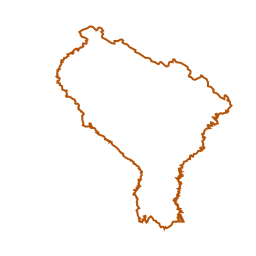 outline of Montenegro, Quindío, Colombia, rotated 113°
{"feature_id": "7082276B37489805673697", "entity_name": "Montenegro", "entity_type": "district", "adm_level": 2, "iso_a3": "COL", "parent_name": "Colombia", "parent_adm1": "Quindío", "projection": "equal_earth", "projection_center": [-75.789, 4.516], "detail": "fine", "context": "isolated", "style": "outline", "palette": "amber", "viewbox_px": 256, "rotation_deg": 113, "n_neighbors": 0, "source": "geoboundaries", "source_scale": "gbopen_adm2", "svg_char_len": 5705}
<svg xmlns="http://www.w3.org/2000/svg" viewBox="0 0 256 256"><g transform="rotate(113 128 128)"><path d="M192.5,40.2L187.4,45.7L187.2,47.7L185.2,47.6L184.3,45.3L183.3,47.0L183.3,50.2L182.0,48.9L182.0,50.9L180.7,51.1L180.0,52.9L179.5,52.0L179.1,52.1L178.7,53.4L178.8,55.1L178.0,55.6L177.0,55.2L176.8,55.9L177.1,57.1L176.8,57.6L175.4,56.0L175.4,57.5L174.9,57.5L174.5,57.1L174.7,56.1L173.7,56.3L173.0,55.1L171.1,56.3L170.9,54.7L170.5,54.5L170.1,54.9L170.1,56.5L169.4,56.5L167.6,55.5L167.0,56.9L165.4,56.1L164.9,56.6L164.5,58.2L163.1,56.5L162.0,57.7L160.6,57.3L159.8,58.6L158.5,59.2L159.1,57.6L158.4,57.2L157.4,57.9L157.5,60.7L156.3,61.5L155.3,63.5L154.8,61.1L154.5,61.2L154.3,62.4L153.0,62.5L152.9,61.8L153.4,60.9L153.1,60.2L152.2,60.2L151.5,62.0L150.9,61.8L150.7,60.7L151.0,59.2L150.6,58.9L149.8,59.9L149.3,62.8L148.6,62.9L147.7,62.0L148.1,63.4L147.8,63.8L147.1,62.9L146.2,62.7L145.9,63.5L146.4,64.8L145.6,65.3L143.3,62.5L142.3,62.8L141.8,64.8L139.9,63.0L137.3,63.3L135.4,61.1L132.9,60.4L132.4,58.7L130.2,59.8L128.9,59.8L128.5,59.2L129.2,58.3L128.9,56.9L126.3,57.3L125.2,55.5L123.9,54.6L121.5,54.4L121.0,52.7L120.1,51.4L119.2,51.7L118.3,53.7L117.8,53.7L117.5,52.3L118.6,50.9L116.7,49.9L115.9,50.3L115.3,52.1L113.3,52.4L111.1,54.5L109.2,53.5L106.8,53.3L106.5,54.0L107.5,55.4L105.9,56.1L104.7,57.3L103.9,55.9L102.8,56.5L101.5,56.2L100.3,56.6L97.9,55.6L96.1,52.5L95.2,55.1L94.3,55.8L93.8,55.1L93.6,52.6L93.1,51.3L92.4,51.7L91.4,53.3L90.3,53.7L90.2,51.3L91.2,49.7L88.6,47.2L86.5,49.1L86.3,50.8L85.0,53.8L84.1,51.5L84.6,50.2L83.9,49.8L82.8,49.8L81.4,52.6L80.7,52.6L80.3,51.9L81.2,49.8L79.7,49.7L78.6,48.9L77.9,47.6L78.1,46.7L76.5,45.2L74.8,42.5L74.3,42.6L74.3,44.2L73.8,44.6L73.1,42.4L71.7,43.2L66.9,41.5L66.4,43.1L64.3,44.2L63.6,45.2L64.0,47.0L63.3,47.4L62.5,46.5L60.7,48.3L59.7,50.9L60.2,51.7L63.8,50.6L63.6,54.9L61.6,58.8L61.4,60.9L61.8,63.0L60.8,64.0L59.6,63.9L59.1,64.4L57.8,67.7L58.2,70.8L54.8,72.1L52.4,74.7L51.8,78.8L50.9,80.4L51.1,81.3L52.4,80.9L57.5,85.2L57.7,87.3L56.5,89.7L56.9,91.7L56.1,92.6L53.8,91.8L51.4,92.6L50.9,93.3L50.4,96.0L48.9,96.7L48.5,97.4L47.8,101.1L47.5,105.4L48.6,109.4L46.7,112.1L47.1,113.1L50.0,112.6L50.4,114.9L50.8,115.4L52.1,115.7L55.0,115.2L56.1,116.2L56.3,117.4L54.3,123.3L54.9,124.2L57.2,124.7L57.4,125.2L56.9,129.2L57.4,132.5L55.9,134.2L55.5,135.4L55.8,137.4L56.6,139.1L55.1,146.8L55.2,150.9L54.4,151.8L53.5,151.5L53.3,152.2L53.0,158.1L51.4,161.3L51.8,164.2L51.5,166.4L50.9,166.8L49.4,166.6L48.9,168.0L49.6,169.6L51.8,171.1L53.1,174.4L55.6,173.4L56.2,175.6L56.1,177.9L55.0,183.0L55.0,185.3L54.7,187.2L53.4,187.9L51.1,187.6L49.9,190.1L48.2,188.9L46.8,190.9L46.5,192.5L47.0,194.0L47.8,194.7L49.8,194.6L50.5,195.4L48.9,199.4L48.9,201.4L49.4,202.7L51.9,204.3L55.6,208.3L58.7,210.3L59.7,208.4L60.9,208.0L62.1,206.0L61.7,202.6L62.3,199.9L63.2,199.7L64.3,200.7L65.1,199.6L66.5,199.2L66.9,199.7L67.6,202.3L69.0,202.2L70.2,200.9L71.9,201.9L72.0,202.8L74.1,204.1L74.7,205.0L75.5,204.0L76.1,204.0L76.2,204.9L75.1,206.4L76.4,207.7L79.5,208.8L79.9,207.6L81.0,207.7L81.5,208.4L81.3,210.3L83.0,211.1L83.8,212.5L85.0,211.1L86.1,212.1L87.3,212.2L88.6,214.2L89.9,213.7L91.9,215.8L92.6,215.5L92.4,214.2L92.7,213.9L93.9,215.1L95.6,214.3L97.5,214.9L100.2,214.6L100.2,213.9L100.6,213.8L101.0,214.8L102.2,215.6L102.8,214.6L104.0,215.1L105.0,214.4L106.0,214.4L107.2,213.2L108.5,214.0L109.2,212.5L108.5,211.3L108.8,210.4L111.2,210.0L112.4,211.3L113.9,210.7L113.4,208.3L115.2,207.5L115.1,205.2L118.4,203.4L118.1,202.1L118.3,200.5L117.5,199.5L117.7,198.9L119.1,198.7L121.2,197.1L122.8,197.6L123.2,197.0L123.3,196.4L122.4,195.2L122.1,192.8L122.8,190.5L122.7,188.3L124.5,186.5L125.9,186.2L126.0,184.9L125.3,183.9L125.7,182.7L126.8,181.7L128.6,181.9L129.1,180.9L129.9,181.0L130.3,180.2L130.5,178.3L131.2,177.8L131.0,176.6L131.6,176.0L132.0,174.4L132.8,174.1L134.6,175.0L138.3,173.2L141.6,170.6L143.1,170.7L143.3,167.5L141.5,164.2L140.3,163.9L139.0,165.2L138.6,164.8L138.7,163.9L140.2,162.8L140.8,161.8L142.0,162.9L142.3,162.6L142.1,161.1L141.1,159.0L141.9,157.4L143.1,156.5L143.6,153.6L144.3,153.2L144.7,154.0L144.8,152.8L145.4,152.7L145.1,147.2L145.6,146.1L147.4,144.7L146.8,143.9L147.4,143.2L147.0,141.8L147.7,141.1L147.2,140.0L148.2,139.6L147.5,139.3L147.3,137.6L148.1,137.6L149.6,135.5L150.2,131.9L151.5,128.4L152.7,126.7L152.9,125.5L153.6,125.0L153.4,122.9L153.9,122.2L154.8,122.3L155.9,120.1L156.5,115.3L156.2,113.2L157.0,112.7L156.6,111.5L157.1,110.4L157.0,109.5L158.7,108.9L158.3,107.3L159.3,105.4L159.1,104.5L159.4,103.4L160.2,102.2L161.0,102.4L161.4,101.4L161.1,101.1L161.8,100.6L162.7,98.1L163.5,97.9L163.9,98.3L164.0,97.8L164.7,97.9L166.3,96.9L167.7,97.4L170.4,96.0L170.9,96.6L171.5,96.5L171.3,98.0L171.8,98.1L174.1,96.3L175.2,96.7L175.9,95.7L177.0,96.2L176.6,94.8L177.0,94.1L177.9,95.0L179.0,95.1L179.7,96.7L180.2,96.4L180.5,95.3L181.1,95.3L181.3,96.1L182.0,96.2L182.2,97.3L182.7,97.9L183.3,96.2L184.9,96.1L186.0,97.1L186.9,97.1L187.2,96.7L186.8,95.7L187.4,94.2L188.2,93.6L188.8,92.2L189.4,92.4L190.0,91.2L192.7,91.1L193.7,90.1L195.5,89.5L197.4,86.4L198.1,87.1L200.8,87.9L201.2,87.0L204.7,84.7L206.0,83.1L206.5,81.6L207.6,82.3L208.5,81.2L209.5,81.2L209.2,78.2L208.5,78.5L207.8,78.1L207.2,78.7L206.6,78.0L205.9,78.2L205.8,77.7L204.9,77.5L203.6,77.8L203.1,78.8L202.1,77.7L203.0,77.1L205.5,76.9L206.3,75.6L207.1,75.4L207.6,74.3L207.2,74.3L206.8,73.5L203.3,73.8L200.5,72.5L201.1,70.5L202.8,68.5L202.9,67.1L202.6,65.8L203.5,65.1L203.7,61.9L205.4,60.6L206.5,58.7L205.5,57.9L205.2,56.8L205.6,55.7L206.2,55.3L205.1,55.3L204.6,54.8L205.2,53.8L204.3,52.6L200.6,50.1L196.8,50.0L195.6,47.7L195.7,47.1L195.1,46.9L193.9,43.8L191.4,47.2L190.8,47.4L190.1,46.3L189.6,46.3L187.9,48.9L188.2,46.6L190.3,45.1L191.4,42.9L192.7,42.0L193.0,41.2L192.5,40.2Z" fill="none" stroke="#b45309" stroke-width="2"/></g></svg>